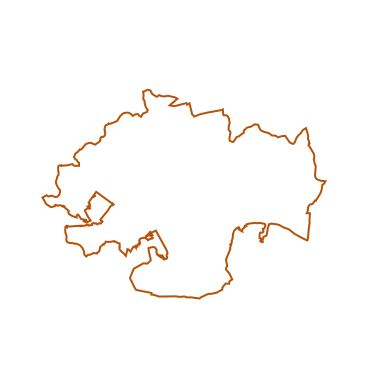 Slava Cercheza, Tulcea, Romania (Albers equal-area conic projection), rotated 322°
{"feature_id": "2599482B87886989581209", "entity_name": "Slava Cercheza", "entity_type": "district", "adm_level": 2, "iso_a3": "ROU", "parent_name": "Romania", "parent_adm1": "Tulcea", "projection": "albers", "projection_center": [28.562, 44.879], "detail": "fine", "context": "isolated", "style": "outline", "palette": "amber", "viewbox_px": 384, "rotation_deg": 322, "n_neighbors": 0, "source": "geoboundaries", "source_scale": "gbopen_adm2", "svg_char_len": 5985}
<svg xmlns="http://www.w3.org/2000/svg" viewBox="0 0 384 384"><g transform="rotate(322 192 192)"><path d="M164.8,287.2L166.6,285.4L169.9,285.7L171.2,279.4L171.1,273.9L171.7,273.0L174.2,272.0L177.1,266.2L187.0,260.6L187.6,259.5L190.3,257.7L189.8,257.0L192.3,256.4L193.0,255.1L195.2,253.7L198.9,250.0L201.6,248.4L205.3,247.9L207.2,248.7L207.0,249.2L206.6,249.3L205.8,250.2L206.7,250.8L206.4,252.1L207.4,253.1L207.1,253.6L207.3,254.0L207.7,253.1L208.7,252.4L211.9,252.3L213.0,251.8L212.6,251.4L213.0,251.2L214.0,252.2L214.3,251.5L215.1,251.1L217.6,252.1L223.2,255.5L223.8,256.6L226.2,257.9L229.7,261.9L229.4,263.4L226.9,265.0L226.0,265.3L225.1,264.7L223.9,267.3L222.3,267.3L220.9,266.0L220.0,266.3L216.8,269.8L217.7,271.2L215.5,272.8L215.7,273.6L216.8,275.0L218.0,273.4L220.8,271.4L223.6,272.2L224.7,271.6L230.1,266.6L231.7,265.8L232.6,264.8L235.0,265.7L239.3,270.1L240.5,271.9L242.2,276.0L245.3,280.9L247.1,288.3L251.3,297.9L253.1,301.2L255.8,298.9L261.7,292.5L265.8,288.7L266.4,287.5L271.8,281.4L269.4,279.3L271.3,278.4L273.3,276.6L273.8,275.7L275.6,274.8L277.5,274.6L279.7,275.6L283.9,274.4L284.2,274.6L283.8,275.0L284.0,275.2L292.1,272.2L295.3,270.2L299.1,266.6L301.4,266.7L303.8,265.6L300.9,263.0L299.2,260.5L298.2,258.5L298.4,256.0L299.2,254.6L305.5,247.8L306.2,245.1L308.2,241.1L310.2,239.5L311.0,238.0L311.6,236.4L312.6,228.4L312.5,226.9L314.5,226.1L314.4,225.2L315.4,224.3L316.2,221.3L317.3,220.4L318.7,218.3L321.1,211.8L318.3,211.5L316.4,211.7L313.9,212.7L310.5,212.9L307.4,213.8L303.5,216.2L301.3,216.4L299.5,213.3L300.0,205.1L297.1,203.3L293.3,201.8L292.8,199.8L292.0,198.5L289.8,196.7L288.9,193.2L285.6,188.6L284.2,185.8L284.2,184.3L285.5,179.7L283.1,177.3L278.2,176.7L275.9,175.5L274.7,175.2L270.9,175.4L269.2,177.2L266.4,176.9L263.7,177.1L260.9,176.2L257.4,177.5L255.0,177.9L253.3,175.0L253.7,173.9L255.7,171.6L258.9,168.9L259.3,167.8L259.2,165.6L259.5,165.1L261.3,162.9L264.1,160.8L266.2,157.3L266.8,154.1L266.3,152.7L264.2,151.0L264.3,150.2L267.1,145.9L266.3,145.9L252.2,138.5L245.9,135.6L240.3,134.0L240.5,133.7L239.9,131.0L244.6,120.6L241.9,120.3L242.4,118.5L231.0,113.6L227.7,110.0L237.9,109.5L237.0,107.2L232.4,101.4L229.0,99.7L226.9,97.5L225.8,95.4L223.8,95.5L222.8,95.1L221.3,91.4L221.1,90.2L221.2,88.1L221.8,86.5L219.9,84.0L216.9,83.5L215.3,82.8L213.5,85.9L211.0,88.4L210.6,91.3L209.1,93.3L207.8,97.0L207.5,100.3L205.6,101.2L201.7,100.0L198.2,101.4L197.4,99.7L197.4,97.7L196.9,96.9L194.5,95.7L192.1,95.6L192.0,93.2L190.9,90.6L189.4,89.2L186.4,87.7L182.5,87.9L176.5,90.0L169.5,87.9L168.6,87.3L168.5,86.7L167.7,87.0L165.3,86.4L164.3,86.6L161.9,88.5L161.2,89.4L161.1,90.3L160.2,91.0L159.7,92.6L157.7,93.9L156.1,94.0L154.9,93.0L153.8,92.9L152.7,93.4L151.4,95.1L149.8,95.3L144.7,95.0L143.0,91.7L141.8,90.3L138.5,89.0L137.4,88.9L131.7,90.2L130.2,90.0L130.0,89.4L127.0,90.0L123.7,90.0L120.5,91.8L120.3,94.3L120.8,95.7L120.6,97.4L120.9,99.5L119.1,101.8L115.9,99.4L115.0,98.1L114.9,96.3L110.3,94.3L105.8,91.3L105.7,90.6L105.0,90.8L104.6,89.9L103.0,89.2L101.5,90.3L97.6,96.2L95.6,96.8L90.9,100.3L89.7,103.0L89.0,107.1L89.2,109.3L86.6,112.0L84.2,112.7L82.6,112.7L81.6,112.3L80.1,110.1L79.7,108.9L76.0,107.0L75.4,105.0L70.8,104.3L69.7,111.9L71.5,117.1L75.2,118.8L76.1,118.0L76.6,118.2L77.9,120.4L79.1,120.6L80.2,121.5L81.0,123.6L81.8,123.3L82.6,124.7L82.0,124.9L83.2,131.2L82.0,131.9L81.5,133.5L81.8,134.6L83.1,137.7L85.4,141.0L86.0,139.9L87.6,139.3L88.4,139.9L88.0,145.2L91.3,148.7L90.9,150.6L88.2,147.6L90.1,150.9L94.6,152.2L94.7,147.9L96.2,140.5L100.2,140.5L100.5,140.7L100.6,141.9L101.3,142.1L100.9,139.4L101.4,139.7L101.9,140.9L102.6,140.8L102.5,139.2L103.2,139.1L103.5,140.1L103.7,138.5L104.1,138.5L104.0,136.7L111.3,134.4L111.4,135.3L113.2,135.4L113.3,133.9L116.6,132.9L122.0,152.0L122.3,151.9L122.6,153.0L122.6,153.7L122.3,153.7L121.2,153.6L120.8,153.1L118.4,153.2L114.3,154.8L102.9,157.3L102.6,159.1L103.2,159.3L103.3,160.2L102.8,160.4L102.3,160.1L100.7,160.7L99.6,159.5L97.4,159.2L97.1,157.6L95.6,156.8L95.5,156.0L93.5,155.4L92.9,156.4L89.6,154.6L89.9,153.4L88.9,152.9L87.8,153.0L83.3,150.6L83.1,150.4L83.7,150.1L73.9,143.6L72.6,141.4L72.0,141.4L73.1,142.6L72.4,142.4L71.7,143.1L71.1,142.2L70.3,142.2L68.7,143.8L67.2,146.2L66.1,149.4L63.0,153.0L62.9,154.7L64.1,156.8L66.4,158.7L67.4,160.3L68.6,160.9L70.9,164.7L71.2,168.8L70.3,172.3L68.7,175.0L68.9,177.7L71.4,177.4L73.0,178.7L76.7,179.4L79.5,182.1L80.2,181.4L81.5,181.8L83.0,181.3L85.6,178.9L89.8,178.5L90.1,179.1L90.7,178.6L91.7,178.9L93.5,178.0L94.5,179.2L98.1,181.7L99.2,182.0L100.0,182.6L100.1,183.2L100.6,183.0L101.5,184.7L102.0,186.4L103.3,187.9L102.0,189.8L101.4,190.1L101.0,191.1L100.5,191.1L99.6,192.6L99.7,194.9L100.4,198.2L100.5,201.6L105.4,197.9L105.7,197.3L106.3,197.6L106.7,199.4L106.7,201.2L111.9,199.1L112.7,199.3L113.2,200.0L113.3,201.0L113.7,200.1L114.2,200.1L113.8,200.7L114.0,200.9L114.7,199.8L115.3,200.4L115.0,201.0L115.3,201.3L115.7,200.2L116.9,200.4L118.4,199.8L118.4,201.0L119.5,200.4L120.2,199.3L120.6,197.6L122.1,197.0L123.6,197.3L127.6,199.3L126.9,200.0L127.9,201.9L127.7,202.9L130.4,203.3L132.1,204.2L132.3,203.7L132.7,203.8L132.5,203.2L132.6,202.1L133.5,201.3L134.2,201.6L134.2,200.7L133.5,199.9L132.1,200.1L132.1,199.6L128.8,199.1L128.8,198.5L132.8,198.3L133.6,197.7L134.7,197.8L134.5,199.1L139.7,200.1L136.5,220.5L135.8,223.3L134.9,225.4L134.0,225.4L133.1,226.1L132.0,228.6L131.0,228.9L130.9,228.5L129.0,228.1L129.7,223.4L129.6,223.0L128.7,228.1L128.4,228.0L128.0,225.9L128.5,222.4L127.8,224.2L127.6,223.7L127.9,221.2L126.9,223.0L126.3,221.0L126.6,220.2L126.0,219.7L126.9,218.0L126.8,217.7L128.4,216.1L128.7,213.0L127.7,211.5L123.3,209.4L121.6,211.8L118.1,219.4L117.3,220.5L112.8,221.0L109.8,218.3L98.9,216.6L90.4,221.4L89.6,223.2L89.5,224.9L88.1,230.7L87.7,234.1L87.9,235.0L97.9,246.6L96.8,247.8L98.2,249.1L101.9,254.3L115.1,264.3L116.6,266.0L119.4,268.3L121.5,269.4L123.3,272.1L126.6,274.6L132.4,280.6L133.7,280.4L140.4,281.9L142.6,282.6L144.6,284.2L149.5,286.5L155.8,287.5L156.9,286.3L158.1,285.7L162.2,284.9L164.8,287.2Z" fill="none" stroke="#b45309" stroke-width="2"/></g></svg>